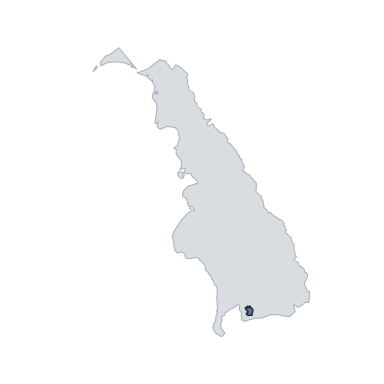 Pirane, Formosa, Argentina (highlighted), rotated 140°
{"feature_id": "61730980B72104600250977", "entity_name": "Pirane", "entity_type": "district", "adm_level": 2, "iso_a3": "ARG", "parent_name": "Argentina", "parent_adm1": "Formosa", "projection": "mercator", "projection_center": [-59.332, -25.781], "detail": "fine", "context": "in_parent", "style": "filled", "palette": "slate", "viewbox_px": 384, "rotation_deg": 140, "n_neighbors": 0, "source": "geoboundaries", "source_scale": "gbopen_adm2", "svg_char_len": 4623}
<svg xmlns="http://www.w3.org/2000/svg" viewBox="0 0 384 384"><g transform="rotate(140 192 192)"><path d="M235.8,100.4L233.9,103.8L234.3,106.0L232.6,111.4L233.0,112.5L231.6,115.1L232.1,117.9L231.4,120.6L231.7,124.1L231.1,125.1L229.9,125.4L229.0,130.2L230.1,134.8L229.1,135.8L230.9,139.2L236.3,142.2L239.0,145.2L239.1,146.5L237.7,148.4L237.5,150.0L238.3,152.2L239.7,153.6L242.3,154.5L242.7,157.6L242.2,159.6L237.4,166.8L236.3,170.0L231.7,173.2L219.6,177.0L210.3,178.4L204.9,178.1L201.4,176.6L201.7,180.8L203.4,182.0L202.5,182.1L203.3,182.8L202.9,186.3L201.7,186.9L200.9,189.8L201.0,192.3L202.0,194.4L200.9,196.5L196.8,198.6L192.0,199.1L183.0,195.7L183.4,195.2L182.9,195.0L181.5,195.6L180.8,198.5L181.8,203.0L181.5,207.0L182.1,208.3L185.3,209.8L185.1,211.3L186.2,211.5L188.5,211.1L188.8,209.9L187.6,209.4L190.7,208.4L191.9,210.0L192.0,214.1L191.5,215.2L189.0,216.0L188.3,215.8L186.9,212.9L185.7,212.3L182.2,213.8L181.8,214.7L186.9,216.8L183.1,219.0L180.1,222.9L180.0,230.0L179.3,232.0L177.2,233.9L176.9,235.3L177.6,236.1L177.3,237.5L173.3,237.0L170.4,239.3L167.8,240.1L163.0,248.3L163.7,252.5L169.0,258.4L175.7,260.1L176.6,262.1L176.3,264.5L175.5,265.9L173.0,267.3L175.2,267.3L176.1,268.5L164.0,279.6L162.4,282.9L161.7,289.8L160.7,291.2L158.2,292.6L156.6,291.1L155.2,288.6L155.3,290.6L153.0,291.4L155.7,291.5L157.0,293.2L153.3,295.7L152.2,298.0L151.7,301.3L150.2,303.2L151.4,302.8L152.4,309.2L149.4,309.6L153.1,310.7L157.2,318.2L156.9,318.8L156.7,318.0L145.8,314.6L131.2,314.1L131.3,313.1L128.0,309.1L128.8,306.3L128.2,303.9L128.9,301.8L128.5,299.2L127.2,298.3L122.6,299.8L120.0,292.8L120.2,289.0L119.5,286.7L120.3,283.7L122.7,283.5L123.4,280.3L126.5,277.9L126.5,274.8L128.4,273.2L128.8,271.7L127.2,267.8L128.4,263.7L131.7,260.5L131.4,256.6L133.1,254.7L131.9,249.5L133.6,247.3L132.8,246.1L132.8,243.4L134.5,242.7L135.7,239.8L133.9,237.2L130.7,236.4L130.5,235.0L136.3,235.0L137.1,232.9L136.7,231.7L132.3,231.1L132.3,228.3L133.3,226.5L132.5,224.7L132.8,223.0L131.7,220.6L132.8,219.5L129.9,217.0L129.9,212.9L130.6,211.9L130.2,209.7L132.8,207.7L131.6,203.8L131.9,196.5L131.5,194.6L133.1,191.6L132.3,189.6L133.4,188.1L133.0,184.5L134.3,184.2L135.3,177.9L138.6,176.1L139.3,174.8L137.0,167.0L137.3,164.1L136.8,162.7L137.4,161.0L136.8,158.6L137.8,155.7L140.1,154.5L140.3,153.5L142.6,151.5L142.5,146.7L141.5,144.2L142.7,143.3L143.4,139.6L145.2,135.8L146.6,135.1L146.3,130.8L146.8,126.9L144.9,126.2L145.4,123.4L144.7,122.7L144.3,119.8L143.0,117.3L142.9,116.1L143.7,115.4L142.3,114.4L141.3,112.1L141.5,109.9L141.7,108.5L143.3,107.4L143.0,106.4L144.3,102.0L145.9,101.8L146.7,100.2L145.8,99.4L146.1,96.8L145.3,93.1L146.8,91.3L148.0,85.5L151.5,81.5L153.9,75.2L155.8,75.0L157.8,73.7L155.8,69.6L157.1,67.0L155.7,61.6L156.2,59.6L157.3,58.4L156.0,56.4L156.4,54.7L158.3,52.8L164.8,49.9L167.3,41.7L166.0,40.3L169.5,35.5L172.0,34.7L173.1,32.3L176.3,34.6L182.0,34.7L184.8,35.6L186.9,40.4L189.8,34.1L197.7,33.8L199.3,36.1L202.3,38.7L204.3,42.2L210.9,47.7L219.2,50.4L224.3,54.2L230.3,57.4L233.3,58.1L235.6,60.3L236.1,62.0L234.8,63.3L233.8,65.8L232.2,67.2L231.5,68.9L231.6,70.9L228.5,75.0L228.6,76.5L231.7,76.1L239.4,77.7L243.1,77.7L244.4,78.4L246.3,76.5L249.6,77.3L251.7,74.0L253.8,73.3L256.1,71.1L257.2,68.3L257.6,62.3L258.9,62.7L261.0,61.9L262.9,63.1L264.5,68.1L264.2,72.9L263.3,74.9L261.0,76.0L259.7,77.4L256.1,78.4L254.1,81.0L249.5,83.8L249.8,85.3L248.3,85.2L240.7,95.4L235.8,100.4ZM155.3,349.4L155.5,322.3L158.4,327.5L157.0,327.2L156.5,329.7L158.9,330.2L160.0,333.4L165.2,339.4L173.0,345.4L180.7,347.2L178.5,350.2L171.0,351.7L166.5,350.1L155.3,349.4ZM183.7,349.1L186.1,348.0L190.6,347.8L184.6,350.1L183.7,349.1ZM204.5,179.8L204.4,180.6L203.1,179.3L204.5,179.8Z" fill="#d9dde1" stroke="#a8b0b8" stroke-width="1"/><path d="M226.2,67.3L226.2,65.9L226.2,65.6L226.2,65.4L226.2,64.0L227.6,64.0L228.6,63.9L228.6,62.8L228.6,62.4L228.6,61.6L226.5,60.0L225.3,59.1L223.7,60.4L221.1,62.6L221.0,62.9L221.0,64.9L221.0,65.8L221.0,66.7L221.2,66.8L221.3,66.7L221.2,66.7L221.3,66.7L221.3,66.8L221.4,66.7L221.4,66.8L221.5,66.9L221.4,66.9L221.5,66.9L221.5,67.0L221.7,66.9L221.8,66.9L221.8,67.0L221.9,66.9L221.9,67.0L222.0,67.0L222.3,67.0L222.5,67.0L222.6,67.3L222.7,67.5L222.8,67.7L222.8,67.8L222.8,68.0L222.7,68.1L222.8,68.2L222.9,68.3L223.0,68.4L223.0,68.5L223.2,68.4L223.2,68.5L223.3,68.5L223.3,68.4L223.4,68.5L223.5,68.5L223.8,68.6L224.0,68.5L224.1,68.4L224.3,68.4L224.3,68.2L224.4,68.3L224.4,68.2L224.5,68.2L224.7,68.3L224.8,68.4L224.8,68.5L224.7,68.5L224.8,68.6L225.0,68.5L224.9,68.6L225.0,68.6L225.2,68.8L225.3,68.8L225.3,68.7L225.4,68.8L225.5,68.8L225.8,68.8L225.9,68.1L225.9,67.4L226.2,67.3Z" fill="#64748b" stroke="#1e293b" stroke-width="1.5"/></g></svg>